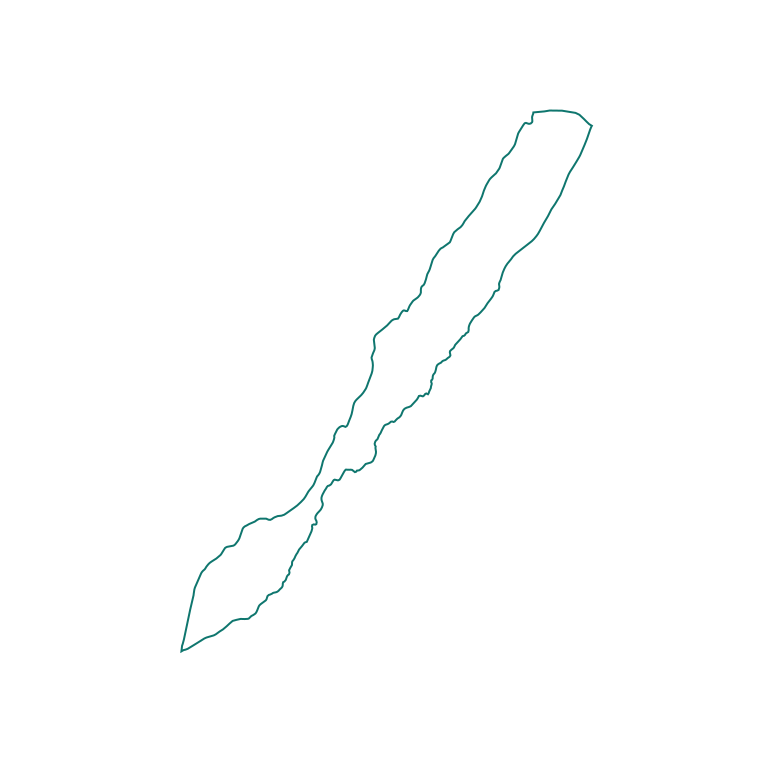 outline of Santa Cruz Muluá, Retalhuleu, Guatemala, rotated 19°
{"feature_id": "79465075B78170683113897", "entity_name": "Santa Cruz Muluá", "entity_type": "district", "adm_level": 2, "iso_a3": "GTM", "parent_name": "Guatemala", "parent_adm1": "Retalhuleu", "projection": "equal_earth", "projection_center": [-91.661, 14.45], "detail": "fine", "context": "isolated", "style": "outline", "palette": "teal", "viewbox_px": 768, "rotation_deg": 19, "n_neighbors": 0, "source": "geoboundaries", "source_scale": "gbopen_adm2", "svg_char_len": 6139}
<svg xmlns="http://www.w3.org/2000/svg" viewBox="0 0 768 768"><g transform="rotate(19 384 384)"><path d="M279.5,702.7L281.2,700.8L282.8,699.8L284.6,698.3L289.4,692.5L297.0,683.1L298.7,681.5L304.9,677.1L306.5,675.4L309.1,671.6L311.6,668.5L314.1,664.3L316.0,660.7L318.0,657.3L321.2,655.1L324.9,652.8L328.5,651.7L331.7,650.4L332.5,649.8L334.1,646.6L335.7,644.9L337.2,642.8L337.6,641.3L337.8,639.4L338.0,635.1L338.2,634.0L339.0,632.4L342.7,627.0L343.0,625.8L342.9,622.5L343.8,620.9L344.7,620.3L346.3,618.8L346.9,617.9L347.6,617.3L349.8,616.0L350.8,615.1L351.6,613.9L352.4,612.0L353.3,610.4L353.7,609.5L353.9,608.3L353.7,606.9L353.3,605.8L353.2,604.2L354.1,603.3L354.9,601.2L354.9,597.5L355.3,596.1L356.1,595.0L356.1,593.2L354.9,591.0L355.3,588.1L355.7,586.2L355.9,585.1L355.4,583.3L355.1,582.4L355.1,581.4L355.7,579.8L356.1,577.9L356.3,575.4L356.7,573.2L357.1,571.9L357.6,568.2L359.3,563.8L360.0,561.6L360.3,560.5L361.0,559.4L362.4,558.4L363.4,546.9L363.2,544.0L362.9,543.1L362.3,542.2L362.1,540.7L363.3,539.6L364.7,539.4L365.6,538.6L365.4,536.7L364.6,535.4L363.5,534.4L362.8,533.4L362.4,531.9L362.4,530.9L362.7,529.3L363.2,527.7L364.3,525.3L365.1,523.3L365.5,520.9L365.5,518.4L365.0,517.0L362.9,514.3L362.3,513.1L361.9,511.8L361.8,510.1L361.9,508.4L362.6,504.1L363.3,501.5L363.4,500.4L364.0,498.8L364.7,498.2L365.4,497.8L366.6,496.1L367.0,494.3L367.3,492.8L367.7,491.3L368.5,490.5L371.9,490.1L373.1,489.0L373.5,487.6L374.8,480.2L375.2,478.5L375.9,477.3L377.2,477.0L379.4,476.3L380.3,475.9L381.8,475.6L385.2,476.8L386.3,475.9L386.5,474.8L387.8,474.1L388.5,473.8L389.2,473.0L390.9,470.1L392.7,465.6L397.0,462.6L397.8,461.6L398.5,460.4L398.7,459.1L399.1,454.3L398.9,452.2L398.5,450.7L396.7,447.2L396.5,445.8L395.2,444.6L394.6,443.5L394.5,441.5L394.8,440.1L395.4,439.1L395.8,438.2L396.1,433.5L396.6,432.2L396.8,430.8L397.0,428.5L397.4,425.9L397.7,423.9L398.1,422.9L398.7,422.1L400.4,420.8L401.3,419.9L402.2,418.5L402.7,417.5L403.9,416.8L405.4,416.8L406.3,416.0L406.9,414.5L407.4,413.4L408.1,412.1L409.1,410.9L409.7,409.8L410.1,408.8L410.4,407.5L410.5,404.9L410.7,402.7L411.5,400.7L413.0,399.1L415.1,397.6L416.6,396.2L420.1,388.2L420.4,387.1L420.7,385.6L420.9,384.0L422.2,383.2L424.0,383.1L424.8,383.0L425.7,381.7L426.1,380.2L427.0,379.2L428.9,379.4L429.2,378.3L429.2,376.1L429.6,372.6L429.3,371.3L429.2,370.2L429.2,369.1L428.9,367.8L428.0,366.9L427.5,365.2L428.1,364.3L428.2,363.0L427.7,361.3L427.5,359.9L427.8,358.4L428.3,357.4L428.5,355.9L428.4,353.8L428.0,350.8L428.1,349.1L428.6,348.0L429.3,347.0L431.0,345.2L431.4,344.1L432.1,343.0L433.0,342.2L434.0,341.5L434.8,340.6L435.9,338.6L437.1,337.0L437.5,335.5L437.0,334.4L436.0,332.8L435.7,331.5L436.6,329.6L437.6,328.1L438.2,326.9L438.6,323.7L441.6,316.8L442.7,313.2L444.0,312.3L444.7,311.0L444.9,309.6L446.7,307.4L446.5,305.4L445.9,303.8L445.6,302.5L445.5,301.0L445.6,298.9L446.4,295.3L447.4,291.7L447.9,290.7L448.4,290.0L449.2,289.3L450.5,287.8L452.0,284.8L454.3,279.4L455.6,273.9L457.4,268.6L458.2,265.8L458.4,263.8L458.5,261.0L459.3,259.7L460.6,258.9L461.7,257.8L461.7,256.1L461.5,254.7L460.2,252.0L460.1,250.7L460.2,249.1L460.4,248.0L460.0,239.9L460.3,235.7L460.7,233.1L461.5,230.0L463.5,224.7L464.5,221.3L466.1,218.0L477.2,200.9L478.6,198.1L479.9,194.7L480.7,192.1L481.4,188.5L482.8,179.6L484.4,171.8L485.4,164.4L487.2,157.9L489.3,147.9L489.5,142.7L489.8,138.6L489.9,133.3L490.3,125.8L490.8,122.8L492.1,117.6L493.7,110.5L494.7,105.6L495.0,103.6L495.8,92.6L496.1,86.1L496.1,76.4L496.3,73.1L496.5,72.2L493.4,71.5L490.1,70.0L486.9,68.4L481.1,65.8L476.8,65.3L463.4,67.6L451.6,71.5L447.0,74.0L436.8,78.6L437.1,80.2L437.0,81.7L437.1,83.4L438.7,87.2L438.8,88.2L438.0,89.8L437.2,90.4L436.4,90.8L435.5,90.9L433.2,90.9L432.1,91.7L431.4,93.9L429.5,102.1L429.3,103.6L429.8,114.5L429.6,116.1L429.4,117.2L427.1,125.0L426.7,126.0L424.9,128.8L423.5,131.3L423.1,132.5L423.0,141.2L422.9,142.7L421.3,148.4L420.6,149.6L418.3,153.8L417.4,155.8L417.0,157.3L416.0,162.4L415.8,164.0L415.5,168.6L415.6,174.7L415.1,180.5L413.7,186.7L413.2,188.5L409.5,197.4L407.6,202.7L407.2,203.9L406.8,206.3L406.3,208.4L405.3,210.8L403.2,213.8L401.0,217.6L400.6,219.8L400.3,227.1L400.1,228.6L395.1,235.8L394.0,236.9L393.4,237.7L392.4,240.1L390.8,246.5L389.9,249.0L389.6,250.9L389.9,260.3L389.8,262.2L389.5,264.0L389.2,266.1L389.3,267.7L389.6,271.4L389.6,275.7L389.3,277.3L388.1,279.3L387.8,280.5L388.0,282.3L389.1,285.6L389.1,287.1L388.8,288.5L387.8,291.0L387.1,292.1L384.6,295.6L384.1,296.9L382.9,301.1L382.7,302.6L382.5,306.0L382.2,307.5L380.9,307.9L380.1,307.8L378.9,307.9L378.1,308.6L377.6,309.7L377.2,310.9L376.7,313.1L376.4,315.9L375.9,317.7L372.8,319.3L372.1,319.8L370.8,321.3L370.2,322.4L367.9,327.6L364.6,333.1L361.5,337.9L360.4,339.8L359.9,341.3L359.8,343.7L360.0,345.5L363.6,353.0L363.9,355.1L363.6,358.6L363.6,363.0L364.3,364.4L365.6,366.1L366.3,367.4L367.4,369.9L368.0,372.2L368.7,375.3L368.9,378.1L368.6,388.0L368.6,390.3L368.5,393.4L368.3,394.7L367.2,399.0L366.1,401.9L363.2,407.6L362.5,409.3L362.2,410.6L362.0,411.7L362.1,414.7L362.8,419.6L363.2,423.1L363.2,426.2L363.0,429.9L362.9,433.8L362.7,435.1L362.4,436.1L361.5,437.1L359.4,437.0L358.1,437.3L357.1,438.1L356.0,439.3L355.1,441.0L354.6,442.2L353.9,447.5L353.8,449.3L354.5,450.8L354.7,452.7L354.7,455.2L354.6,456.3L352.8,464.4L352.4,466.5L351.4,476.4L351.5,478.1L351.8,480.9L352.0,484.3L352.2,487.9L352.0,489.8L351.5,491.6L350.8,493.2L350.7,494.9L350.5,499.9L350.3,501.7L350.1,503.0L349.5,504.8L348.2,508.3L347.5,510.4L346.4,516.1L345.6,518.9L343.9,522.6L341.5,527.1L339.2,530.5L333.8,538.0L332.2,540.1L329.9,541.9L326.5,543.5L323.9,545.7L322.8,547.0L322.1,548.1L320.7,549.5L319.0,549.9L316.4,549.7L310.7,551.7L309.6,552.4L308.3,553.8L306.6,556.2L302.1,560.3L300.1,562.6L298.8,563.9L297.9,565.4L297.5,566.9L297.5,576.9L297.3,578.4L296.9,580.1L295.6,583.9L295.0,585.0L294.2,585.9L288.6,589.1L287.8,589.9L287.1,590.8L286.6,592.8L285.5,597.7L285.1,598.9L282.3,603.6L279.1,607.6L278.2,608.8L277.4,610.0L276.6,611.6L275.8,613.8L275.4,615.1L275.1,616.7L274.7,617.8L273.6,619.7L272.9,621.6L272.7,623.1L271.5,638.1L271.6,640.1L272.4,644.4L272.7,645.7L274.2,660.4L278.0,690.8L278.3,695.2L278.3,697.3L279.5,702.7Z" fill="none" stroke="#0f766e" stroke-width="2"/></g></svg>